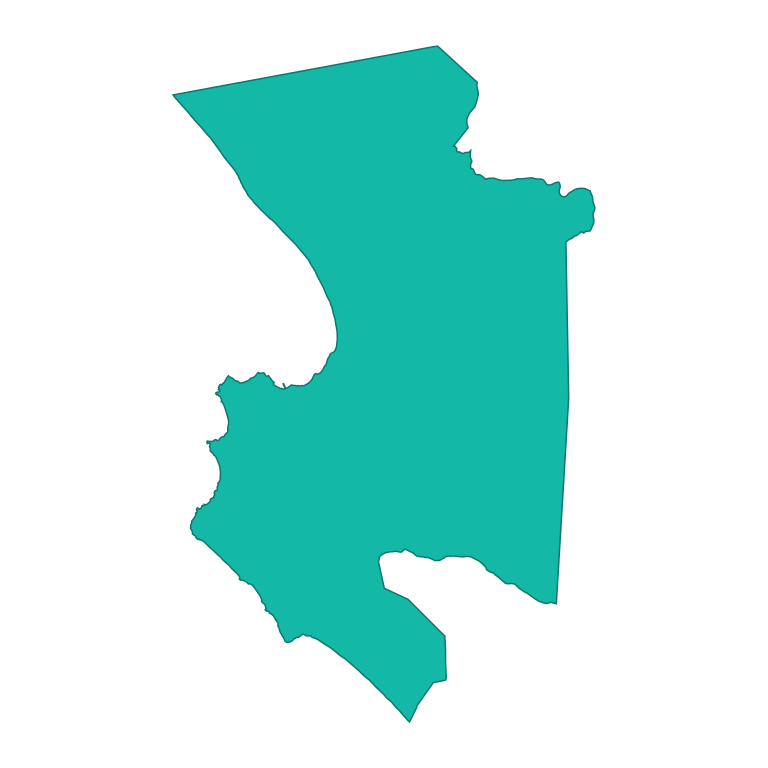 outline of Paita, Piura, Peru
{"feature_id": "86281439B31634859634019", "entity_name": "Paita", "entity_type": "district", "adm_level": 2, "iso_a3": "PER", "parent_name": "Peru", "parent_adm1": "Piura", "projection": "mercator", "projection_center": [-81.063, -5.08], "detail": "fine", "context": "isolated", "style": "filled", "palette": "teal", "viewbox_px": 768, "rotation_deg": 0, "n_neighbors": 0, "source": "geoboundaries", "source_scale": "gbopen_adm2", "svg_char_len": 6122}
<svg xmlns="http://www.w3.org/2000/svg" viewBox="0 0 768 768"><path d="M556.3,603.7L568.7,398.2L565.9,242.1L568.5,239.9L570.0,239.0L571.6,238.6L574.6,236.0L576.3,235.6L578.1,234.5L580.8,232.0L581.7,232.0L582.4,232.2L583.2,233.0L583.7,233.0L585.9,231.4L589.7,231.0L590.1,230.8L590.9,229.5L593.7,223.0L593.9,220.9L593.8,218.8L593.0,216.4L593.2,213.4L594.5,210.3L594.9,207.7L593.0,201.8L592.5,196.8L590.4,191.9L590.4,191.1L585.1,188.6L582.5,188.3L577.5,188.6L574.9,189.5L569.0,193.1L566.5,196.0L564.0,196.9L562.8,196.7L561.1,195.8L559.2,193.0L559.1,191.2L560.3,186.3L559.6,183.5L559.0,182.5L558.4,182.1L555.2,182.8L552.7,184.1L550.6,184.8L548.6,185.1L547.0,184.6L546.1,183.7L544.3,180.8L542.5,179.5L540.4,179.0L536.6,179.0L532.2,177.9L528.8,178.0L522.4,178.8L517.0,178.8L514.0,179.8L510.6,180.3L502.2,180.5L498.1,179.6L493.7,178.1L489.3,178.3L487.0,178.7L485.6,179.3L484.1,177.7L480.9,175.3L479.4,174.6L476.3,174.6L475.5,174.1L475.0,173.4L473.5,169.9L472.9,169.0L471.5,168.7L470.8,167.9L470.5,166.6L470.9,163.5L471.9,161.5L470.2,156.9L470.6,150.6L469.2,152.2L467.0,152.6L465.7,152.4L463.1,153.5L461.5,153.1L459.1,151.8L457.9,152.0L457.2,151.9L456.6,150.7L456.8,148.9L456.5,148.3L455.3,146.5L453.5,146.2L468.1,127.7L467.0,123.8L466.7,119.6L468.6,114.7L469.3,113.3L474.9,106.8L477.1,99.8L478.3,94.4L477.8,90.2L476.9,86.5L476.9,84.4L477.3,82.4L437.6,46.1L428.4,47.6L173.1,94.9L175.4,98.0L188.6,112.8L194.3,119.8L201.2,127.3L207.3,134.6L210.2,137.6L220.2,151.2L224.3,157.4L234.6,170.0L238.7,176.7L238.7,177.7L240.0,179.7L241.1,182.9L242.5,185.0L242.9,186.4L244.5,189.2L246.0,191.3L247.8,194.9L249.7,197.3L251.9,199.7L255.1,203.8L257.7,206.3L260.1,209.0L269.6,218.2L272.4,220.3L274.9,222.6L283.3,231.9L296.3,245.1L308.6,260.0L309.7,262.4L315.1,271.2L317.1,275.6L323.3,287.4L326.9,296.1L330.1,302.0L330.5,304.0L332.1,307.8L333.2,313.0L334.9,318.7L336.9,330.3L337.2,333.4L337.3,339.2L336.7,345.6L336.3,347.5L334.7,351.2L333.4,352.2L330.4,353.7L328.7,357.5L327.7,358.9L326.2,364.2L324.4,366.4L322.9,369.6L320.7,372.5L319.4,373.4L317.7,374.2L317.1,374.3L316.0,373.5L314.9,373.9L314.1,374.8L312.2,379.0L311.1,380.6L308.3,383.3L304.0,385.7L301.5,385.6L300.0,386.2L299.5,386.2L298.8,385.5L297.2,386.0L296.6,385.7L291.9,385.2L291.6,384.9L288.0,387.4L285.6,388.4L283.6,383.7L283.1,383.9L285.2,388.6L283.7,389.1L280.5,388.4L274.8,385.7L273.3,384.0L274.2,382.7L270.8,379.3L271.0,379.0L268.4,375.6L267.5,376.1L266.5,376.2L265.7,375.8L264.6,373.6L263.6,372.7L261.3,373.3L259.1,373.2L258.5,372.5L257.6,373.1L254.6,376.8L250.3,378.5L249.4,379.7L248.1,380.6L243.1,382.7L240.6,383.1L239.6,382.8L238.1,381.3L235.0,380.7L233.1,378.6L229.2,376.6L228.4,375.8L227.6,377.0L226.6,377.8L226.0,379.9L225.2,380.3L224.6,382.2L222.9,383.4L221.8,384.8L221.5,384.9L220.4,384.4L219.8,384.8L219.2,386.0L219.2,386.7L218.5,387.5L219.3,389.2L218.5,389.7L219.7,390.5L219.7,391.2L218.5,392.1L217.3,392.1L215.9,392.9L215.8,393.6L216.5,394.7L216.9,394.9L217.4,394.6L217.8,394.6L219.1,396.1L220.3,396.7L221.5,399.5L221.3,401.8L222.4,402.3L223.9,405.1L224.7,407.1L228.0,418.1L228.6,421.2L228.6,423.8L227.9,426.9L227.8,431.4L227.4,432.3L225.2,434.3L224.2,436.2L220.5,437.7L220.0,438.8L219.0,439.9L217.6,440.6L217.0,440.6L216.0,439.6L215.3,439.5L212.2,441.7L210.9,441.2L209.7,441.6L207.6,441.0L207.1,441.3L206.9,441.8L207.2,443.6L208.9,443.2L209.7,443.5L210.2,444.3L210.2,444.8L209.7,445.6L209.5,446.7L210.2,448.0L210.3,451.0L210.7,451.6L211.4,452.0L213.1,453.6L214.0,455.2L215.6,456.4L216.7,458.6L219.6,466.0L220.0,467.5L220.0,469.0L220.5,472.0L220.2,477.1L220.3,479.3L219.1,481.9L217.8,483.2L217.8,483.7L218.3,484.6L217.2,486.9L217.3,489.8L216.8,490.4L215.3,490.6L214.2,492.2L214.2,493.1L214.8,494.6L213.8,496.2L213.8,497.8L212.4,498.0L210.5,499.0L210.3,499.5L210.5,500.7L208.6,503.0L206.8,504.4L205.4,504.7L204.1,504.4L204.1,505.5L202.4,505.4L201.6,506.7L201.1,508.5L198.8,509.0L197.8,507.8L196.7,508.8L196.5,509.9L197.0,510.9L197.0,512.1L196.6,512.7L195.6,513.0L195.5,513.8L195.9,514.5L195.5,515.7L193.3,519.1L191.7,521.1L191.5,523.5L190.6,525.1L190.9,526.5L190.4,527.9L192.3,531.6L192.5,533.9L193.6,534.9L194.3,535.1L195.5,536.2L196.0,537.6L197.3,539.0L198.2,539.5L198.7,539.1L199.8,539.9L201.8,540.2L204.5,542.1L209.1,546.8L213.9,551.0L218.4,555.4L220.4,556.9L223.4,560.5L229.7,566.0L231.6,568.5L233.5,570.1L234.5,571.4L235.5,572.0L238.8,575.5L239.7,577.3L239.7,578.3L239.3,579.0L240.0,579.8L240.7,580.2L242.1,580.0L244.3,580.8L246.8,582.1L248.3,584.0L249.8,583.7L252.2,585.0L254.8,588.2L260.1,595.9L261.5,598.9L261.6,601.2L261.9,602.1L264.0,603.7L265.2,605.3L265.9,608.7L265.2,609.6L265.2,610.1L266.5,611.1L267.7,611.1L269.1,611.6L269.3,613.1L271.3,614.0L273.6,616.0L274.3,617.6L275.4,618.7L275.5,620.0L276.0,619.9L276.4,620.4L278.1,623.6L277.9,625.9L279.4,628.8L279.5,630.4L280.4,632.6L281.9,634.8L282.4,636.2L283.5,637.7L285.3,641.6L285.9,641.5L286.6,642.2L287.0,642.1L287.8,642.3L290.3,641.9L291.4,640.9L292.6,640.6L293.6,639.1L294.9,638.6L296.4,637.5L298.3,637.3L301.1,635.5L302.7,634.1L304.5,634.7L305.8,635.6L307.4,635.9L310.0,635.8L310.9,636.2L312.4,637.5L314.8,638.2L317.7,639.4L324.5,644.1L328.9,646.7L333.1,649.7L340.7,656.0L345.2,658.9L358.3,670.2L364.2,676.0L368.9,679.7L371.9,682.6L375.0,686.1L384.0,694.7L386.6,697.9L391.4,701.9L395.8,707.2L398.9,710.2L407.9,720.5L409.6,721.9L416.5,707.9L416.7,706.5L417.0,705.8L433.3,682.6L445.5,680.2L446.2,678.4L446.1,674.5L445.6,662.1L445.5,648.7L444.8,636.1L408.1,599.4L384.3,588.3L378.4,561.4L378.9,560.3L379.4,557.7L380.0,556.2L381.3,555.1L385.0,552.9L389.8,551.8L391.9,551.8L395.8,551.2L400.5,552.2L402.3,551.5L403.1,550.3L403.7,550.1L404.2,549.4L405.0,549.1L413.8,553.3L415.0,554.9L416.6,555.9L420.6,556.8L423.0,556.8L425.3,557.6L427.4,557.4L429.7,558.0L435.1,560.6L439.6,560.4L443.8,558.1L446.0,556.5L448.9,556.1L451.2,556.2L452.5,555.9L462.3,556.9L466.7,556.4L471.0,556.8L479.1,561.1L482.5,563.8L485.1,566.5L485.9,567.5L486.5,569.5L487.5,570.4L490.2,571.9L493.7,573.2L495.2,574.9L497.9,576.8L505.4,583.3L507.9,583.8L511.3,583.5L514.5,583.9L519.7,588.7L525.0,592.2L527.0,593.1L534.9,598.8L539.3,601.4L545.5,603.4L546.9,603.4L550.9,602.4L556.3,603.7Z" fill="#14b8a6" stroke="#0f766e" stroke-width="1.5"/></svg>